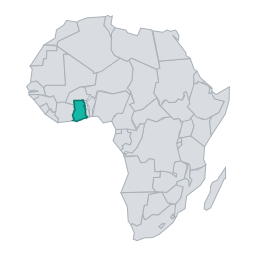 location of Ghana within Africa
{"feature_id": "GHA", "entity_name": "Ghana", "entity_type": "country or territory", "adm_level": 0, "iso_a3": "GHA", "parent_name": "Africa", "parent_adm1": "", "projection": "orthographic", "projection_center": [-1.079, 7.965], "detail": "fine", "context": "in_parent", "style": "filled", "palette": "teal", "viewbox_px": 256, "rotation_deg": 0, "n_neighbors": 49, "source": "natural_earth", "source_scale": "50m", "svg_char_len": 11904}
<svg xmlns="http://www.w3.org/2000/svg" viewBox="0 0 256 256"><path d="M190.8,135.9L204.6,146.7L203.6,159.2L205.8,164.8L203.6,166.9L190.4,170.3L188.9,163.8L180.8,161.1L178.1,155.4L177.6,148.8L181.8,144.7L181.0,137.4L190.8,135.9Z" fill="#d9dde1" stroke="#a8b0b8" stroke-width="1"/><path d="M57.1,46.1L56.8,50.9L47.0,50.6L46.4,58.8L43.5,59.0L42.8,65.4L30.1,66.1L44.1,44.9L57.1,46.1Z" fill="#d9dde1" stroke="#a8b0b8" stroke-width="1"/><path d="M177.6,148.8L180.8,161.1L175.0,162.1L173.0,172.7L176.5,173.7L176.3,177.1L169.6,172.4L154.8,171.7L154.3,159.6L149.3,158.7L145.7,162.3L140.8,162.8L137.5,155.8L124.0,156.0L128.8,151.6L131.9,153.0L136.6,148.1L142.0,137.5L144.7,121.9L147.5,118.9L156.8,121.8L166.6,117.0L171.7,116.7L174.9,119.7L178.7,118.3L183.1,126.0L179.4,131.7L177.6,148.8Z" fill="#d9dde1" stroke="#a8b0b8" stroke-width="1"/><path d="M211.0,136.0L209.4,121.3L212.0,116.0L218.7,112.5L224.2,101.5L214.4,98.9L211.2,94.6L212.2,91.4L216.1,94.4L229.4,86.8L229.1,100.4L225.2,114.2L211.0,136.0Z" fill="#d9dde1" stroke="#a8b0b8" stroke-width="1"/><path d="M204.6,146.7L190.8,135.9L193.9,126.0L190.8,118.4L194.1,113.8L202.0,119.4L211.4,117.2L209.4,121.3L211.0,136.0L204.6,146.7Z" fill="#d9dde1" stroke="#a8b0b8" stroke-width="1"/><path d="M162.8,107.2L160.4,105.9L159.3,105.0L159.3,101.1L153.7,93.0L156.0,82.5L158.6,82.5L156.5,68.0L159.8,67.8L158.8,61.2L190.2,58.5L194.2,69.4L196.9,71.2L193.7,75.0L194.0,86.5L189.9,96.8L189.8,103.5L185.2,91.8L182.2,100.3L178.2,99.1L175.5,102.3L169.0,102.6L163.8,100.2L160.6,106.0L162.8,107.2Z" fill="#d9dde1" stroke="#a8b0b8" stroke-width="1"/><path d="M156.7,69.4L158.6,82.5L156.0,82.5L153.7,93.0L156.9,97.7L142.4,109.5L133.9,111.5L129.4,104.4L134.2,102.8L130.8,91.6L127.2,88.3L132.0,80.5L132.9,68.0L128.8,60.0L131.6,58.1L156.7,69.4Z" fill="#d9dde1" stroke="#a8b0b8" stroke-width="1"/><path d="M130.8,224.9L132.4,223.5L136.5,225.9L140.8,224.1L142.8,213.8L144.5,219.4L146.5,219.0L152.2,214.6L158.5,214.8L170.9,204.2L175.5,204.3L175.9,210.3L174.5,214.5L172.6,214.4L170.9,217.3L172.0,218.7L176.3,216.8L173.0,222.6L159.5,234.1L152.4,237.6L144.4,237.9L137.2,240.6L133.2,239.2L134.3,232.9L130.8,224.9ZM164.7,223.8L162.5,223.7L158.9,226.7L161.2,228.3L164.7,223.8Z" fill="#d9dde1" stroke="#a8b0b8" stroke-width="1"/><path d="M164.7,223.8L161.2,228.3L158.9,226.7L162.5,223.7L164.7,223.8Z" fill="#d9dde1" stroke="#a8b0b8" stroke-width="1"/><path d="M175.5,204.3L167.5,202.7L161.7,192.0L166.7,192.3L176.9,184.0L183.3,187.1L180.7,198.1L175.5,204.3Z" fill="#d9dde1" stroke="#a8b0b8" stroke-width="1"/><path d="M170.9,204.2L158.5,214.8L152.2,214.6L146.5,219.0L144.5,219.4L142.8,213.8L144.2,205.3L147.1,205.0L148.7,194.4L161.7,192.0L167.5,202.7L170.9,204.2Z" fill="#d9dde1" stroke="#a8b0b8" stroke-width="1"/><path d="M144.2,205.3L140.8,224.1L136.5,225.9L132.4,223.5L130.8,224.9L128.2,220.9L127.3,206.8L120.9,192.7L161.2,191.6L148.7,194.4L147.1,205.0L144.2,205.3Z" fill="#d9dde1" stroke="#a8b0b8" stroke-width="1"/><path d="M29.2,90.7L26.6,86.8L31.7,81.2L36.6,80.9L43.8,87.8L45.6,95.2L29.0,94.8L28.7,92.2L38.3,91.4L29.2,90.7Z" fill="#d9dde1" stroke="#a8b0b8" stroke-width="1"/><path d="M45.6,95.2L43.8,87.8L45.6,85.3L65.4,85.2L63.4,54.0L68.1,54.0L93.3,71.3L93.4,73.4L96.9,73.0L95.2,85.0L79.9,87.1L70.3,92.1L65.5,102.5L56.8,102.9L53.4,95.8L50.0,97.3L45.6,95.2Z" fill="#d9dde1" stroke="#a8b0b8" stroke-width="1"/><path d="M30.1,66.1L42.8,65.4L43.5,59.0L46.4,58.8L47.0,50.6L56.8,50.9L57.1,46.1L68.1,54.0L63.4,54.0L65.4,85.2L45.6,85.3L43.8,87.8L36.6,80.9L30.5,82.3L32.2,69.2L30.1,66.1Z" fill="#d9dde1" stroke="#a8b0b8" stroke-width="1"/><path d="M92.5,116.4L89.8,116.8L89.0,106.7L86.0,102.2L92.8,96.2L96.0,101.3L92.6,108.8L92.5,116.4Z" fill="#d9dde1" stroke="#a8b0b8" stroke-width="1"/><path d="M128.8,60.0L132.9,68.0L132.0,80.5L127.2,88.3L130.8,91.6L129.6,94.5L125.9,90.9L112.9,93.9L101.2,90.6L96.9,91.8L95.4,98.1L86.8,94.2L84.6,87.2L95.2,85.0L96.9,73.0L120.0,58.3L126.8,61.3L128.8,60.0Z" fill="#d9dde1" stroke="#a8b0b8" stroke-width="1"/><path d="M92.5,116.4L97.7,91.1L112.9,93.9L125.9,90.9L130.9,95.8L122.5,113.4L114.3,115.4L112.0,121.1L103.3,123.0L98.0,116.3L92.5,116.4Z" fill="#d9dde1" stroke="#a8b0b8" stroke-width="1"/><path d="M130.5,93.2L134.2,102.8L129.4,104.4L134.4,110.5L131.6,120.6L136.5,130.6L115.9,129.4L111.9,122.0L112.8,118.7L117.2,113.3L122.5,113.4L130.5,93.2Z" fill="#d9dde1" stroke="#a8b0b8" stroke-width="1"/><path d="M86.4,100.4L89.8,116.8L87.1,117.6L83.3,101.4L86.4,100.4Z" fill="#d9dde1" stroke="#a8b0b8" stroke-width="1"/><path d="M56.8,102.9L62.9,102.0L74.0,105.0L73.9,120.7L57.6,122.7L58.1,118.2L54.7,115.5L56.8,102.9Z" fill="#d9dde1" stroke="#a8b0b8" stroke-width="1"/><path d="M38.6,94.5L50.0,97.3L53.4,95.8L56.8,102.9L55.8,111.4L52.7,112.6L51.0,108.5L48.5,109.0L46.6,103.3L39.6,106.9L33.7,99.5L38.6,94.5Z" fill="#d9dde1" stroke="#a8b0b8" stroke-width="1"/><path d="M29.0,94.8L38.6,94.5L38.3,97.1L33.7,99.5L29.0,94.8Z" fill="#d9dde1" stroke="#a8b0b8" stroke-width="1"/><path d="M55.3,111.4L54.7,115.5L58.1,118.2L57.6,122.7L45.3,114.3L49.4,108.9L52.7,112.6L55.3,111.4Z" fill="#d9dde1" stroke="#a8b0b8" stroke-width="1"/><path d="M39.6,106.9L46.6,103.3L49.4,108.9L45.3,114.3L39.6,106.9Z" fill="#d9dde1" stroke="#a8b0b8" stroke-width="1"/><path d="M65.5,102.5L69.3,92.9L79.9,87.1L84.6,87.2L86.8,94.2L90.6,94.9L86.4,100.4L73.7,100.6L74.0,105.0L65.5,102.5Z" fill="#d9dde1" stroke="#a8b0b8" stroke-width="1"/><path d="M171.7,116.7L162.8,117.7L156.8,121.8L147.5,118.9L144.5,124.2L140.2,123.7L136.7,128.7L131.5,118.2L133.9,111.5L142.4,109.5L156.9,97.7L159.3,105.0L171.7,116.7Z" fill="#d9dde1" stroke="#a8b0b8" stroke-width="1"/><path d="M144.5,124.2L142.0,137.5L136.6,148.1L131.9,153.0L125.6,151.5L123.2,153.6L120.6,150.2L123.1,148.3L121.9,146.1L125.5,143.3L130.2,144.8L131.6,141.0L129.7,136.5L131.1,132.6L127.9,132.3L127.2,129.1L136.5,130.6L140.2,123.7L144.5,124.2Z" fill="#d9dde1" stroke="#a8b0b8" stroke-width="1"/><path d="M121.3,129.3L126.8,128.9L127.9,132.3L131.1,132.6L129.7,136.5L131.6,141.0L130.2,144.8L125.5,143.3L121.9,146.1L123.1,148.3L120.6,150.2L113.1,140.8L115.4,133.7L121.3,133.4L121.3,129.3Z" fill="#d9dde1" stroke="#a8b0b8" stroke-width="1"/><path d="M115.9,129.4L121.3,129.3L121.3,133.4L115.4,133.7L115.9,129.4Z" fill="#d9dde1" stroke="#a8b0b8" stroke-width="1"/><path d="M180.8,161.1L187.4,164.8L184.4,177.8L185.7,178.5L177.0,181.8L176.9,184.0L166.7,192.3L155.8,191.7L152.4,187.5L153.6,177.6L159.9,177.2L160.2,170.9L169.6,172.4L176.3,177.1L176.5,173.7L173.0,172.7L174.1,164.3L175.9,161.7L180.8,161.1Z" fill="#d9dde1" stroke="#a8b0b8" stroke-width="1"/><path d="M186.3,163.4L190.1,166.1L189.5,176.9L192.0,179.9L189.1,186.9L188.7,180.2L184.4,177.8L187.8,167.4L186.3,163.4Z" fill="#d9dde1" stroke="#a8b0b8" stroke-width="1"/><path d="M190.4,170.3L198.1,169.7L205.8,164.8L204.8,178.6L200.3,185.4L186.6,196.0L185.0,208.7L177.9,212.9L176.3,216.8L174.4,217.0L175.5,204.3L180.7,198.1L183.3,187.1L176.9,185.2L177.0,181.8L185.7,178.5L188.7,180.2L189.1,186.9L192.0,179.9L189.5,176.9L190.4,170.3Z" fill="#d9dde1" stroke="#a8b0b8" stroke-width="1"/><path d="M174.4,217.0L172.0,218.7L170.9,217.3L172.6,214.4L174.4,217.0Z" fill="#d9dde1" stroke="#a8b0b8" stroke-width="1"/><path d="M123.2,153.6L125.6,153.3L124.0,156.0L123.2,153.6ZM124.5,157.0L137.5,155.8L140.8,162.8L145.7,162.3L149.3,158.7L154.3,159.6L154.8,171.7L160.4,171.9L159.9,177.2L153.6,177.6L152.4,187.5L155.8,191.7L120.9,192.7L128.4,173.7L124.5,157.0Z" fill="#d9dde1" stroke="#a8b0b8" stroke-width="1"/><path d="M181.1,141.6L181.8,144.7L177.6,148.8L176.8,143.4L181.1,141.6Z" fill="#d9dde1" stroke="#a8b0b8" stroke-width="1"/><path d="M225.5,167.5L225.6,178.7L224.2,178.9L210.7,207.8L206.5,210.2L204.2,208.8L204.8,202.6L210.2,192.2L210.6,186.1L212.5,182.3L217.0,180.3L225.5,167.5Z" fill="#d9dde1" stroke="#a8b0b8" stroke-width="1"/><path d="M28.7,92.2L34.4,90.0L38.3,91.4L28.7,92.2Z" fill="#d9dde1" stroke="#a8b0b8" stroke-width="1"/><path d="M110.5,36.7L103.8,25.2L105.4,16.6L108.1,15.4L110.2,17.2L112.3,16.0L111.0,24.3L115.1,27.8L110.5,36.7Z" fill="#d9dde1" stroke="#a8b0b8" stroke-width="1"/><path d="M57.1,46.1L57.5,41.5L79.2,31.1L76.9,22.2L79.5,20.6L86.8,17.9L105.4,16.6L103.8,25.2L108.7,31.2L111.7,39.5L111.2,50.1L114.7,55.5L120.0,58.3L101.3,71.5L93.4,73.4L93.3,71.3L57.1,46.1Z" fill="#d9dde1" stroke="#a8b0b8" stroke-width="1"/><path d="M194.0,83.6L193.7,75.0L196.9,71.2L200.4,77.8L211.4,87.3L209.8,88.1L203.1,82.2L194.0,83.6Z" fill="#d9dde1" stroke="#a8b0b8" stroke-width="1"/><path d="M44.1,44.9L55.1,38.0L56.5,29.9L63.6,25.3L66.6,20.4L76.9,22.2L79.2,31.1L57.5,41.5L57.2,45.2L44.1,44.9Z" fill="#d9dde1" stroke="#a8b0b8" stroke-width="1"/><path d="M190.2,58.5L158.8,61.2L152.8,30.8L162.9,32.3L167.4,29.8L170.4,31.4L175.6,30.1L178.9,35.2L178.6,40.6L172.4,35.0L185.8,52.6L186.0,55.3L190.2,58.5Z" fill="#d9dde1" stroke="#a8b0b8" stroke-width="1"/><path d="M151.9,29.9L159.8,67.8L156.7,69.4L131.6,58.1L126.8,61.3L114.7,55.5L111.2,50.1L111.5,33.4L115.1,27.8L125.9,30.1L127.6,32.8L137.5,35.8L140.7,28.1L151.9,29.9Z" fill="#d9dde1" stroke="#a8b0b8" stroke-width="1"/><path d="M224.2,101.5L218.7,112.5L205.7,119.6L196.7,117.1L187.2,106.8L194.0,83.6L197.1,83.9L197.5,81.4L207.5,85.3L209.8,88.1L209.0,93.3L211.6,93.4L214.4,98.9L224.2,101.5Z" fill="#d9dde1" stroke="#a8b0b8" stroke-width="1"/><path d="M209.8,88.1L212.1,88.3L211.6,93.4L209.0,93.3L209.8,88.1Z" fill="#d9dde1" stroke="#a8b0b8" stroke-width="1"/><path d="M190.8,135.9L178.5,138.3L183.1,120.7L190.8,118.4L192.2,120.6L193.9,126.0L190.8,135.9Z" fill="#d9dde1" stroke="#a8b0b8" stroke-width="1"/><path d="M181.0,137.4L181.9,141.1L176.8,143.4L177.7,139.3L181.0,137.4Z" fill="#d9dde1" stroke="#a8b0b8" stroke-width="1"/><path d="M182.0,121.7L178.7,118.3L173.6,119.3L160.6,106.0L165.9,99.6L169.0,102.6L175.5,102.3L178.2,99.1L182.2,100.3L184.7,95.8L183.4,92.9L186.5,91.9L189.8,103.5L187.2,106.8L194.1,113.8L189.2,120.1L182.0,121.7Z" fill="#d9dde1" stroke="#a8b0b8" stroke-width="1"/><path d="M83.2,100.1L83.4,100.3L83.5,100.4L83.4,100.8L83.2,101.1L83.2,101.4L83.2,101.6L83.3,101.7L83.6,101.9L83.8,102.1L83.9,102.3L84.2,102.5L84.6,102.8L84.7,103.0L84.6,104.1L84.6,104.3L84.6,104.5L84.5,104.9L84.4,104.9L84.3,105.0L84.6,105.2L84.4,105.3L84.3,105.5L84.2,105.6L84.3,105.7L84.3,105.8L84.4,105.7L84.7,105.6L84.8,105.5L85.0,105.6L85.2,105.9L85.2,106.0L85.1,106.4L85.0,106.8L85.0,107.3L85.1,107.6L85.0,107.8L84.7,108.0L84.9,108.4L85.1,108.6L85.5,109.0L85.8,109.4L85.8,109.5L85.6,109.7L85.5,109.9L85.4,110.1L85.5,111.5L85.2,112.1L85.2,112.3L85.2,112.5L85.3,112.6L85.5,112.6L85.6,112.8L85.6,113.2L85.5,113.6L85.5,113.8L85.4,113.9L85.3,114.0L85.2,114.2L85.3,114.3L85.3,114.5L85.5,114.8L85.7,115.3L85.8,115.4L85.9,115.5L86.0,115.8L86.3,116.0L86.6,116.2L86.8,116.2L86.9,116.4L87.0,116.6L87.3,116.8L87.5,116.8L87.5,117.0L87.2,117.1L87.0,117.3L86.9,117.6L86.7,118.0L86.0,118.1L85.8,118.1L84.4,118.2L83.1,118.8L82.3,119.0L81.9,119.4L81.2,119.6L80.8,120.0L79.9,120.1L78.4,120.6L78.0,120.8L77.5,121.1L76.8,121.5L76.5,121.5L75.9,121.1L75.4,120.9L74.3,120.7L73.5,120.5L73.1,120.4L73.3,120.3L73.6,120.3L73.8,120.2L74.0,120.2L74.1,119.8L74.1,119.6L74.2,119.2L74.1,118.7L73.5,118.5L73.5,118.4L73.4,118.3L73.3,118.0L73.2,117.6L73.1,117.0L72.7,116.1L72.7,115.8L72.6,115.5L72.6,115.1L72.7,114.8L72.6,114.6L72.9,114.1L73.3,113.6L73.4,113.4L73.5,113.3L73.5,113.1L73.6,112.4L73.8,111.6L73.9,111.3L74.0,111.2L74.1,110.9L74.6,110.5L74.7,110.4L74.8,110.3L74.7,110.2L74.8,110.0L75.0,110.0L75.1,109.9L74.9,108.9L74.8,108.0L74.8,107.9L74.7,107.7L74.6,107.3L74.5,107.1L74.3,107.0L74.3,106.8L74.5,106.5L74.6,106.2L74.4,106.0L74.5,105.7L74.4,105.4L74.3,105.0L74.2,104.7L74.3,104.5L74.3,104.1L74.2,103.5L74.2,103.2L74.3,103.0L74.2,102.9L74.1,102.7L74.2,102.4L73.9,102.1L73.8,101.8L73.8,101.4L74.0,100.5L74.1,100.4L74.3,100.5L75.1,100.5L76.0,100.5L77.1,100.5L78.1,100.5L78.2,100.4L78.4,100.4L79.4,100.5L80.0,100.4L80.3,100.4L80.5,100.5L80.9,100.5L81.1,100.5L81.3,100.7L81.5,100.6L81.8,100.4L82.0,100.1L82.3,100.2L82.5,99.9L83.2,100.1Z" fill="#14b8a6" stroke="#0f766e" stroke-width="1.5"/></svg>